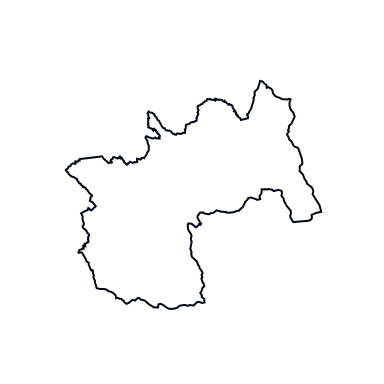 the district of Archidona, Napo, Ecuador, rotated 137°
{"feature_id": "8360857B80114747144377", "entity_name": "Archidona", "entity_type": "district", "adm_level": 2, "iso_a3": "ECU", "parent_name": "Ecuador", "parent_adm1": "Napo", "projection": "equal_earth", "projection_center": [-77.955, -0.716], "detail": "fine", "context": "isolated", "style": "outline", "palette": "ink", "viewbox_px": 384, "rotation_deg": 137, "n_neighbors": 0, "source": "geoboundaries", "source_scale": "gbopen_adm2", "svg_char_len": 6106}
<svg xmlns="http://www.w3.org/2000/svg" viewBox="0 0 384 384"><g transform="rotate(137 192 192)"><path d="M289.0,123.4L287.9,121.6L284.7,118.9L281.6,117.4L278.6,117.3L275.0,114.9L273.8,113.7L273.0,111.8L270.7,110.8L268.1,107.8L264.4,108.1L262.7,107.5L261.5,106.5L260.3,103.9L258.2,102.7L256.1,105.3L256.5,108.5L255.4,109.6L254.8,112.5L253.2,112.7L249.6,114.8L247.3,114.7L245.9,117.2L245.9,118.2L244.2,122.3L242.7,122.5L241.4,125.0L239.9,125.2L239.5,125.7L238.9,127.2L238.3,131.4L237.2,133.0L237.4,134.6L236.3,136.4L235.8,138.2L236.3,144.8L234.4,147.7L233.3,148.2L232.1,151.5L226.1,155.9L225.5,157.6L224.7,158.6L222.1,160.4L221.3,162.4L220.8,166.0L219.7,168.3L217.3,171.1L215.9,171.4L213.9,168.8L213.3,163.6L211.7,163.2L210.4,163.4L209.0,163.2L208.6,162.7L208.4,163.4L208.0,162.9L207.4,163.2L207.3,162.5L207.0,162.5L206.8,164.4L205.4,169.8L203.4,171.0L202.6,170.8L200.4,171.5L197.9,169.6L197.9,168.6L196.7,166.5L194.6,164.0L193.2,163.8L189.8,162.0L186.7,161.9L184.9,159.3L184.1,157.6L182.2,155.8L181.2,154.1L180.7,154.2L180.5,153.3L179.5,151.9L175.3,148.8L171.5,147.3L170.3,146.2L167.6,146.6L165.1,146.3L160.0,148.4L155.9,148.7L154.9,149.2L152.5,147.5L150.1,143.2L149.6,141.7L147.1,140.3L146.7,140.3L146.3,141.7L145.4,142.9L141.8,143.8L139.1,146.5L137.5,144.5L136.5,144.4L135.6,142.6L134.3,142.3L131.9,139.1L131.6,136.9L127.5,134.8L125.8,131.9L126.5,130.2L129.2,128.2L129.4,124.8L130.7,123.0L132.2,117.4L132.6,110.9L134.1,109.1L136.4,107.6L137.4,106.2L138.5,101.0L126.4,91.5L123.6,90.7L122.4,91.0L121.7,91.5L120.2,93.7L115.6,92.1L111.0,89.4L107.8,95.3L105.3,108.2L103.0,109.5L101.7,111.9L101.3,114.1L102.2,119.8L101.2,121.7L100.8,124.7L99.0,129.0L99.0,133.9L95.7,137.3L92.5,137.2L91.4,138.0L88.7,141.9L84.5,151.4L84.7,152.8L86.0,154.9L86.1,156.6L84.8,160.9L85.0,164.2L83.9,166.5L83.4,169.0L82.8,169.6L79.8,170.1L79.8,171.6L77.6,172.6L76.2,174.0L72.5,174.3L65.6,177.0L63.9,180.7L63.5,185.3L62.3,187.8L60.8,189.8L58.4,191.8L56.7,192.5L57.4,194.0L59.2,194.7L62.8,198.4L63.8,201.4L65.3,203.9L65.7,205.5L65.5,208.7L63.8,211.7L63.7,213.4L64.6,216.5L66.3,217.3L64.5,219.5L65.0,221.4L65.1,224.6L66.4,226.8L73.1,222.8L78.0,222.5L80.1,220.0L83.0,218.8L83.7,217.5L91.4,212.9L97.5,210.9L98.7,211.3L99.3,210.7L99.3,209.1L100.8,207.8L107.1,211.3L106.4,213.3L107.1,216.2L106.5,216.9L106.8,217.1L106.8,217.9L106.5,217.8L106.7,218.7L106.6,219.3L105.7,219.8L105.9,220.4L105.5,221.0L106.1,222.2L105.2,222.2L105.0,224.7L104.5,226.5L103.8,227.3L103.8,228.8L104.5,230.0L105.6,230.7L105.2,231.0L105.5,231.1L106.0,233.5L106.0,235.9L106.6,235.4L107.4,237.1L107.2,238.7L108.6,240.6L109.9,241.2L110.6,243.4L111.2,243.6L111.4,244.1L112.1,242.9L112.5,242.9L112.4,243.4L115.2,246.9L115.4,247.8L116.0,247.7L117.5,249.6L119.1,248.8L120.8,249.5L122.0,249.3L122.8,249.8L124.4,249.3L125.8,250.1L127.3,250.1L128.3,250.7L129.5,250.8L131.1,248.9L131.1,248.1L131.5,247.3L133.7,246.5L134.1,244.8L138.7,242.8L139.2,241.7L140.0,241.1L141.9,241.9L142.9,241.8L143.8,242.8L146.0,243.8L147.5,243.6L150.6,245.2L153.3,242.8L154.7,242.5L155.7,240.8L156.9,240.0L158.3,241.6L159.8,241.6L160.7,242.1L161.4,243.3L163.4,245.1L164.5,244.7L165.4,245.6L165.5,247.0L166.3,247.7L166.4,249.6L166.0,250.2L166.5,252.4L167.5,252.9L169.0,255.1L168.9,256.1L168.3,256.9L169.4,258.3L169.2,260.7L167.6,266.6L168.1,268.0L167.5,269.5L167.5,270.2L167.0,270.8L167.4,272.2L167.0,273.9L166.5,274.5L166.9,275.2L167.1,277.2L168.6,279.0L168.9,280.5L171.0,279.7L171.1,278.4L172.5,276.9L172.9,275.2L174.1,275.7L174.6,274.6L176.8,272.7L177.2,271.8L178.0,271.6L178.7,269.8L179.9,269.1L178.7,266.7L178.2,265.0L178.3,263.6L177.2,264.6L176.4,264.0L176.7,262.6L176.2,261.8L177.0,260.9L176.6,259.1L177.4,258.3L177.3,257.4L176.8,256.6L177.3,254.8L178.3,254.9L179.2,253.2L180.0,253.8L180.2,254.7L181.2,255.0L181.7,257.0L182.5,256.9L184.4,258.1L186.3,261.5L187.0,263.6L188.0,264.1L189.1,263.3L189.7,259.7L191.1,258.0L192.1,255.2L194.9,252.3L196.6,251.4L197.6,251.6L199.1,250.6L203.8,249.4L203.8,249.9L205.7,251.3L206.6,250.7L207.8,251.0L208.3,252.7L208.8,253.2L209.3,253.1L209.6,253.7L210.9,252.4L211.1,251.5L211.7,251.4L213.5,252.5L213.6,253.1L215.5,253.7L216.8,256.5L218.3,256.2L219.6,256.7L220.3,256.0L221.0,256.3L221.3,259.9L220.5,261.6L220.7,262.3L220.1,265.0L220.3,266.1L220.9,265.1L221.5,265.2L221.7,265.8L221.3,266.0L221.5,267.1L222.2,266.8L223.2,267.6L223.3,267.2L223.6,267.2L225.1,270.7L226.1,271.2L227.1,270.4L228.7,270.9L229.8,270.6L230.3,270.0L230.1,268.7L230.8,268.2L232.2,269.8L233.2,269.9L233.9,276.7L233.4,279.3L251.7,292.7L252.4,292.6L252.8,291.7L253.6,292.5L255.0,292.0L256.2,293.9L256.8,293.8L257.6,292.3L258.0,292.1L259.4,294.0L261.3,294.6L263.1,293.9L264.5,294.6L267.1,293.9L269.2,294.3L269.6,292.3L269.3,291.1L269.9,289.2L269.5,285.2L268.7,284.4L268.0,282.7L267.8,281.2L267.2,280.3L267.3,279.7L267.8,279.6L268.5,275.8L268.0,275.6L268.3,274.5L267.8,273.4L268.2,272.5L268.0,271.6L268.4,270.2L268.0,270.1L267.9,269.4L267.5,269.5L267.1,267.3L267.5,266.7L267.2,265.1L267.8,261.2L267.5,257.6L268.4,257.2L269.9,257.3L271.0,256.2L272.8,255.3L272.7,254.5L271.7,252.6L272.1,247.2L278.2,247.3L278.7,248.1L278.5,250.2L278.9,251.0L280.9,250.0L283.0,251.0L287.7,252.0L288.6,248.8L290.9,246.3L292.7,242.5L293.5,241.8L295.4,241.7L296.1,239.9L295.6,235.9L296.3,233.9L296.4,232.2L296.1,231.5L296.8,230.5L298.8,229.8L299.4,228.8L300.1,228.7L301.5,226.2L302.9,226.1L303.2,226.7L304.7,226.6L305.8,227.4L306.7,225.8L306.9,226.6L307.9,226.8L308.1,225.8L308.7,226.2L309.1,225.3L309.7,225.4L309.9,224.7L310.4,225.3L310.8,224.9L313.8,226.4L316.3,225.3L316.5,225.0L316.3,224.7L314.2,223.5L313.8,222.5L315.4,215.6L316.4,213.2L315.8,210.6L317.0,209.5L319.2,203.9L319.2,203.2L318.2,203.0L318.0,202.3L319.8,200.0L320.8,197.8L322.3,196.9L323.5,193.3L324.7,192.0L327.3,186.6L325.3,183.7L322.1,180.6L321.0,178.7L320.8,176.5L319.0,173.8L318.3,169.9L318.6,167.7L319.9,166.1L319.1,165.8L318.1,164.4L318.0,163.6L316.5,161.9L316.7,160.7L316.1,159.3L316.7,157.6L316.1,154.8L313.1,153.9L309.1,153.8L307.6,151.4L304.0,151.5L302.9,150.5L302.9,148.5L300.6,144.8L299.9,138.0L299.2,136.6L298.7,133.8L295.6,130.7L293.1,132.7L291.4,131.8L290.3,129.6L289.0,123.4Z" fill="none" stroke="#020617" stroke-width="2"/></g></svg>